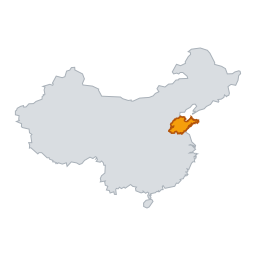 Shandong on a map of China (Robinson projection)
{"feature_id": "CHN-1814", "entity_name": "Shandong", "entity_type": "Province", "adm_level": 1, "iso_a3": "CHN", "parent_name": "China", "parent_adm1": "", "projection": "robinson", "projection_center": [118.824, 36.396], "detail": "fine", "context": "in_parent", "style": "filled", "palette": "amber", "viewbox_px": 256, "rotation_deg": 0, "n_neighbors": 0, "source": "natural_earth", "source_scale": "10m", "svg_char_len": 8386}
<svg xmlns="http://www.w3.org/2000/svg" viewBox="0 0 256 256"><path d="M141.1,192.9L135.9,190.8L135.5,188.4L136.5,187.1L132.8,186.4L130.6,184.5L125.2,188.2L124.0,187.1L121.4,188.6L119.5,187.2L118.1,188.9L116.4,188.4L115.7,189.5L116.3,194.5L114.4,194.3L113.8,191.8L110.1,193.0L109.3,190.5L106.4,190.0L107.8,186.3L105.3,185.2L104.7,182.0L105.3,181.0L100.3,181.9L100.9,180.5L100.3,178.6L101.5,175.8L104.9,173.0L105.3,165.2L103.9,165.3L103.2,162.6L101.6,161.0L100.2,162.2L96.2,161.4L97.5,159.7L97.0,158.4L95.8,159.0L96.7,157.5L95.5,156.6L92.9,158.5L90.0,157.2L84.5,160.4L82.0,163.5L79.3,164.5L76.6,162.9L71.3,161.9L67.1,166.4L66.3,162.8L62.3,164.1L58.5,162.8L57.6,163.6L56.6,162.7L56.0,163.6L54.9,162.0L52.7,161.8L53.0,160.5L49.5,159.1L49.1,157.7L47.1,157.8L41.6,152.6L39.1,152.6L37.8,153.9L30.8,147.7L29.4,148.1L29.7,145.1L28.7,142.6L31.8,142.7L30.8,135.7L31.9,134.4L29.5,132.8L29.1,129.1L22.2,127.5L21.4,126.5L21.6,123.7L16.4,121.5L19.4,120.4L18.7,119.4L19.1,115.7L15.4,114.8L15.4,111.0L16.5,110.4L17.2,108.3L20.7,106.3L23.5,105.6L23.7,107.1L26.1,106.9L28.9,103.8L33.4,103.6L36.1,101.4L42.0,99.2L42.2,96.4L43.8,95.5L43.3,94.7L44.9,94.2L44.1,89.9L45.0,87.1L42.9,86.4L49.9,84.3L52.7,85.3L53.3,84.0L52.4,83.2L56.2,76.1L62.2,77.7L64.9,76.7L66.6,71.1L69.8,70.1L71.4,67.6L74.7,67.3L74.9,70.0L82.5,73.9L84.4,78.9L82.4,83.5L83.0,85.0L92.4,86.1L98.7,89.1L98.5,90.2L101.7,96.2L120.4,97.0L122.7,98.7L128.3,100.5L131.2,100.0L131.2,101.0L132.9,101.2L139.7,98.1L149.2,97.4L153.1,95.9L155.4,93.4L158.9,91.7L157.0,88.7L158.9,85.6L165.0,87.0L168.6,84.1L172.6,83.8L175.9,80.1L178.6,79.8L179.0,78.8L187.7,78.4L187.2,76.3L182.8,72.5L180.2,72.5L178.7,74.0L176.7,73.1L173.6,73.9L172.3,71.9L176.5,64.3L180.6,65.7L185.5,63.3L185.2,61.8L188.3,56.6L190.6,54.4L190.3,52.3L188.2,51.7L191.4,49.2L200.3,48.0L207.4,50.3L209.9,53.2L214.7,62.6L214.6,64.4L221.5,66.3L225.4,68.6L227.3,73.9L232.5,73.7L234.8,72.0L238.8,70.8L240.1,71.3L240.6,73.7L238.7,75.6L238.0,80.3L235.7,85.3L231.0,84.4L228.0,86.6L229.4,93.2L228.8,95.3L226.5,96.1L226.9,97.0L224.5,94.9L223.9,97.4L221.1,99.2L217.9,99.5L218.9,101.2L218.4,102.2L213.1,100.7L210.5,104.4L206.5,106.4L204.2,108.8L199.0,110.3L192.7,114.2L192.5,113.4L194.7,112.5L195.2,111.3L193.1,111.3L193.1,110.5L196.7,106.2L195.1,104.1L192.7,104.4L190.1,107.4L186.1,109.6L184.6,112.2L180.1,112.4L179.6,115.6L184.4,117.4L184.5,120.6L185.7,121.5L187.5,121.4L189.4,119.0L191.2,118.3L194.6,120.0L198.5,120.3L197.3,122.9L195.7,122.3L191.5,123.8L190.9,126.1L189.1,125.8L189.5,126.8L185.3,131.9L189.5,134.6L191.8,141.9L195.6,145.4L195.3,146.3L190.5,144.5L188.6,145.2L191.3,145.0L195.6,149.2L192.0,152.3L190.3,152.3L189.3,153.0L193.4,152.7L196.6,154.7L194.4,156.5L196.2,156.4L196.0,158.0L194.2,158.1L195.1,158.9L194.3,160.3L194.8,161.9L193.0,161.7L191.5,163.2L188.8,169.5L187.0,168.8L188.1,170.9L186.5,172.1L185.2,171.8L187.1,172.4L187.1,175.2L185.4,174.9L185.8,175.9L184.6,176.0L183.3,178.7L180.1,179.4L181.0,180.4L178.2,183.4L176.4,183.1L174.7,186.3L165.0,188.3L163.1,185.6L162.3,186.5L163.1,189.6L161.3,189.7L159.3,191.7L158.4,190.8L158.2,191.8L156.8,191.4L155.4,192.7L150.7,193.7L149.7,195.5L151.0,197.4L150.4,198.5L148.5,198.1L147.7,195.6L148.8,193.0L147.4,192.1L145.7,193.3L143.1,191.1L143.2,192.3L141.1,192.9ZM151.6,199.2L153.0,201.4L149.2,206.9L147.0,208.0L143.7,206.5L143.6,203.0L146.1,200.3L151.6,199.2ZM195.7,147.3L194.4,147.0L193.2,145.8L194.2,146.1L195.7,147.3ZM197.4,153.8L196.4,154.0L196.2,153.4L197.4,153.8ZM188.0,174.3L187.4,175.0L187.5,174.0L188.0,174.3ZM150.2,195.2L151.1,194.9L151.0,195.4L150.2,195.2Z" fill="#d9dde1" stroke="#a8b0b8" stroke-width="1"/><path d="M180.3,116.3L180.7,116.5L180.8,116.7L181.1,116.8L181.3,116.9L181.7,116.9L182.6,117.1L182.9,117.3L183.0,117.2L183.3,116.9L184.0,116.9L184.5,117.1L184.4,117.3L184.5,117.4L184.6,117.7L184.8,117.8L185.0,118.0L185.4,118.5L185.6,118.6L185.6,118.9L185.6,119.1L185.1,118.8L184.9,118.8L184.7,119.1L184.6,119.3L184.5,119.7L184.4,120.4L184.5,120.8L185.2,121.3L185.7,121.5L186.3,121.6L186.6,121.5L187.1,121.5L187.6,121.4L188.0,121.0L187.8,120.6L188.6,120.1L189.1,119.8L189.5,119.4L189.6,119.2L189.2,119.0L189.8,119.0L190.1,118.7L190.5,118.7L191.2,118.3L191.5,118.4L191.9,118.4L191.9,118.5L192.2,118.7L192.3,118.9L192.7,118.9L192.7,119.0L192.7,119.3L192.8,119.5L193.3,119.5L193.6,119.3L193.5,119.2L193.7,119.3L193.8,119.4L193.7,119.4L193.6,119.5L193.9,119.8L194.0,120.0L194.3,120.2L194.7,120.1L194.4,120.1L194.6,119.9L194.9,120.0L195.7,120.0L195.8,120.0L195.7,120.1L195.8,120.2L196.0,119.7L196.3,119.6L196.5,119.7L196.5,119.8L196.4,119.9L196.5,120.0L196.8,120.0L197.1,120.2L197.7,120.2L197.8,120.2L198.1,120.3L198.2,120.2L198.5,120.2L198.5,120.3L198.4,120.4L198.1,120.6L198.2,120.8L198.0,120.7L198.1,120.9L198.2,121.0L198.3,121.2L198.1,121.3L198.1,121.5L197.9,121.4L197.8,121.5L197.7,121.6L197.7,121.4L197.6,121.7L197.7,121.8L197.5,122.0L198.0,122.0L198.0,122.5L197.9,122.6L197.9,122.4L197.7,122.5L197.5,122.8L197.4,122.8L197.2,122.9L196.7,122.8L196.7,122.6L197.0,122.6L196.6,122.4L196.6,122.1L196.5,122.4L196.3,122.3L196.3,122.5L196.1,122.6L196.1,122.3L196.2,122.2L195.7,122.2L195.8,122.4L195.6,122.5L195.2,122.6L194.9,122.9L194.7,123.0L194.8,122.8L194.6,122.9L194.6,123.0L194.6,123.3L194.4,123.2L194.2,123.2L194.3,123.0L194.4,122.9L194.5,122.8L194.3,122.9L194.1,123.0L194.0,122.9L193.9,122.9L193.9,123.0L194.0,123.1L193.9,123.2L193.7,123.2L193.6,123.3L193.4,123.4L192.8,123.6L192.5,123.9L192.3,123.8L192.3,124.0L191.9,124.0L192.0,123.9L191.6,123.7L191.3,123.9L191.3,124.0L191.2,124.1L191.3,124.2L191.6,124.0L191.6,123.9L191.8,124.1L191.9,124.3L192.1,124.2L192.0,124.4L192.0,124.6L191.9,124.6L191.8,124.8L191.7,124.9L191.6,124.7L191.3,124.6L191.0,124.9L191.2,125.2L190.9,125.2L191.1,126.0L190.8,126.2L190.5,126.2L190.5,126.3L190.2,126.3L189.8,126.5L189.5,126.4L189.8,125.8L189.7,125.7L189.6,125.4L189.5,125.5L189.5,125.8L189.3,125.8L189.3,125.7L188.9,125.7L188.9,125.8L188.8,126.0L189.1,126.4L189.1,126.7L189.3,126.7L189.3,126.8L189.5,126.6L189.6,126.8L189.3,126.9L189.1,127.2L189.2,126.9L189.0,127.1L188.8,127.1L188.6,127.4L188.5,127.9L188.3,127.9L188.2,127.8L188.2,128.0L188.1,128.4L187.9,128.5L187.8,128.3L187.8,128.2L187.7,128.3L187.6,128.5L187.4,128.4L187.1,128.6L186.7,129.5L186.3,129.8L186.3,130.0L186.2,130.1L186.0,130.8L185.7,130.9L185.6,130.7L185.4,130.7L184.9,131.0L184.5,131.0L184.1,131.1L184.1,131.5L183.8,132.0L183.7,132.5L183.4,132.7L183.1,132.6L182.9,132.6L182.6,132.7L182.6,132.9L182.5,133.1L182.4,133.7L182.3,133.8L182.1,133.9L181.5,134.0L181.5,133.8L181.3,133.6L181.4,133.3L181.2,133.2L181.1,132.9L180.6,132.7L180.1,132.8L180.0,133.4L179.6,133.4L179.3,133.7L179.1,133.7L178.8,133.6L178.3,133.1L178.1,133.2L178.0,133.4L177.9,133.7L177.8,133.8L177.7,133.8L177.6,133.6L177.6,133.2L177.3,132.6L177.0,132.2L176.9,131.9L176.3,131.4L176.2,131.5L175.6,131.5L175.0,131.7L174.8,132.0L174.8,132.3L174.7,132.6L174.7,132.8L174.1,133.2L173.8,133.2L173.7,133.2L173.4,133.1L173.2,133.0L172.8,133.1L172.5,133.2L172.0,133.1L171.9,133.2L171.5,133.2L171.3,133.1L171.1,132.8L171.1,132.6L171.0,132.2L170.6,131.9L170.4,131.9L170.3,132.0L170.2,132.0L170.3,131.7L170.1,131.5L169.4,131.2L169.1,131.3L168.8,131.2L168.9,130.7L168.9,130.4L169.2,130.2L169.7,129.5L170.0,129.4L170.4,129.3L170.6,129.1L170.8,129.0L170.7,128.8L170.8,128.7L171.0,128.4L171.3,128.1L171.4,127.9L171.8,127.9L172.0,127.8L172.2,127.5L172.4,127.4L172.8,127.3L172.8,127.2L172.7,127.1L172.8,127.0L173.0,126.8L173.2,126.7L173.4,126.8L173.5,126.5L173.6,126.4L173.6,126.2L173.0,126.6L172.7,126.5L172.3,126.8L172.0,126.9L171.5,127.1L171.3,127.1L171.2,127.2L171.1,127.4L171.0,127.5L170.8,127.7L170.7,127.7L170.8,127.0L171.1,126.7L171.2,126.4L171.2,126.0L171.2,125.5L171.0,125.3L170.9,125.3L170.8,125.1L170.6,124.5L170.8,124.0L170.8,123.9L171.0,123.6L171.3,123.4L171.3,123.2L171.9,123.1L172.1,123.0L172.2,122.7L172.5,122.4L172.5,122.1L172.8,121.8L173.0,121.2L173.3,120.7L173.5,120.5L173.9,120.4L174.1,120.5L174.3,120.3L174.3,120.2L174.2,120.1L174.3,119.8L174.4,119.6L174.7,119.3L174.8,119.5L174.8,119.8L175.0,119.9L175.6,119.3L175.8,118.9L176.1,118.7L176.2,118.4L176.3,118.3L177.1,118.3L177.4,118.3L178.7,118.3L179.0,117.8L179.1,117.5L179.3,117.3L179.7,117.2L180.0,117.0L180.1,116.8L180.0,116.7L180.3,116.3ZM191.1,117.8L191.2,118.0L191.1,117.9L191.1,117.8ZM190.7,117.7L190.8,117.7L190.7,117.8L190.7,117.7L190.7,117.7ZM191.4,116.3L191.4,116.2L191.5,116.1L191.4,116.3ZM191.2,116.7L191.3,116.8L191.2,116.8L191.2,116.7Z" fill="#f59e0b" stroke="#b45309" stroke-width="1.5"/></svg>